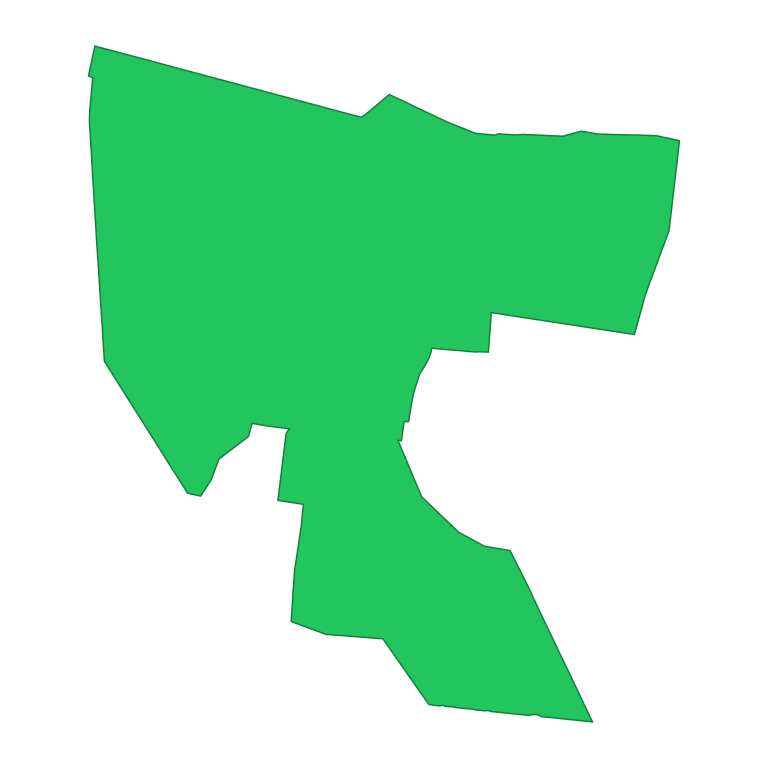 the district of Chiconcuac, México, Mexico
{"feature_id": "50627088B68966073718312", "entity_name": "Chiconcuac", "entity_type": "district", "adm_level": 2, "iso_a3": "MEX", "parent_name": "Mexico", "parent_adm1": "México", "projection": "mercator", "projection_center": [-98.895, 19.553], "detail": "fine", "context": "isolated", "style": "filled", "palette": "green", "viewbox_px": 768, "rotation_deg": 0, "n_neighbors": 0, "source": "geoboundaries", "source_scale": "gbopen_adm2", "svg_char_len": 2960}
<svg xmlns="http://www.w3.org/2000/svg" viewBox="0 0 768 768"><path d="M428.8,704.4L438.3,705.8L440.1,705.9L442.6,705.2L444.9,706.3L449.2,706.7L450.2,706.6L453.9,706.9L455.5,707.4L464.1,708.5L465.0,708.5L468.7,708.8L472.5,709.2L476.3,710.0L484.4,710.8L487.9,710.5L491.2,711.5L510.2,713.5L529.2,715.4L532.3,714.5L537.5,714.7L541.5,716.6L559.8,718.5L578.1,720.4L592.5,721.9L584.1,704.3L575.7,686.6L567.3,669.0L558.8,651.4L550.4,633.7L542.0,616.1L533.6,598.5L533.3,597.9L530.7,592.0L523.9,578.0L510.0,550.6L506.7,550.0L499.6,548.8L489.0,547.0L484.5,546.3L482.3,545.1L479.8,543.7L473.9,540.5L458.8,532.4L421.5,496.6L421.1,495.5L413.2,476.7L406.1,459.7L402.9,452.1L400.5,446.4L398.3,441.2L398.0,440.4L401.4,440.7L402.6,432.3L403.3,426.9L404.1,421.7L408.7,421.6L408.7,421.0L411.2,405.6L411.8,402.3L413.1,395.7L413.4,394.0L416.4,384.0L419.7,373.9L421.3,371.4L424.2,367.0L426.9,362.1L428.2,359.7L429.1,357.5L430.6,353.6L431.0,352.0L431.8,348.2L438.7,348.9L448.1,349.7L457.4,350.4L467.9,351.4L475.4,352.0L478.8,351.8L488.4,352.1L491.3,312.5L492.4,312.7L494.5,313.1L524.4,317.7L528.3,318.3L529.6,318.5L533.1,319.0L555.4,322.4L558.5,322.9L575.1,325.4L582.9,326.6L591.7,328.0L610.3,330.8L616.1,331.7L631.2,334.0L634.4,334.5L636.0,328.6L636.6,326.7L644.8,296.8L648.1,287.1L660.0,255.1L661.9,250.0L667.2,235.6L669.0,230.9L670.7,216.4L671.1,213.3L672.6,200.2L673.2,195.0L673.7,190.4L676.2,169.1L677.4,159.0L678.5,149.3L679.2,143.3L679.5,140.8L677.3,140.2L658.5,136.2L658.2,136.1L656.4,135.7L637.1,135.0L636.2,135.0L635.7,135.1L617.2,134.6L598.7,134.1L597.8,134.0L581.4,131.2L566.0,135.3L563.4,136.2L562.1,136.1L560.9,136.1L560.4,136.1L522.6,134.4L515.1,135.0L513.2,134.8L504.8,134.3L498.1,133.8L496.5,134.6L495.4,135.1L475.6,133.4L473.3,132.5L463.3,128.4L457.2,126.0L445.6,121.3L390.5,95.1L390.0,94.8L389.3,94.5L366.2,113.9L361.1,117.3L176.4,67.9L150.5,60.9L118.8,52.5L115.3,51.5L105.3,48.9L94.9,46.1L88.6,75.4L88.5,76.0L92.7,77.6L90.9,98.1L89.7,111.1L89.4,120.9L89.4,121.5L89.8,128.3L90.2,135.2L91.2,150.4L91.8,161.0L92.0,164.6L93.8,194.4L94.3,203.3L94.5,205.7L96.0,230.3L96.2,234.6L96.3,235.4L96.4,237.4L96.6,240.3L96.8,244.0L98.0,261.5L98.7,272.1L98.8,274.3L99.2,280.6L99.8,289.5L100.4,298.4L100.4,299.0L100.5,300.2L101.2,311.5L101.6,317.7L102.3,327.5L102.4,329.5L102.9,337.6L103.2,342.4L104.0,354.9L104.4,361.2L105.0,362.3L111.4,372.4L112.0,373.4L113.5,375.8L115.9,379.6L119.0,384.5L127.6,398.1L136.1,411.6L136.4,412.1L154.4,440.6L175.7,474.4L187.6,493.2L200.7,496.1L204.5,490.3L210.7,480.6L211.1,480.0L216.0,466.9L218.9,459.2L223.6,455.5L233.7,447.8L248.5,436.4L252.1,423.4L253.8,423.7L266.9,425.9L268.6,426.2L279.3,427.5L289.2,428.8L286.1,433.6L283.3,456.5L280.5,479.3L277.9,500.4L279.3,500.6L292.3,502.6L301.2,504.0L303.5,504.4L302.1,516.4L301.8,521.8L298.2,546.6L294.5,571.3L292.8,596.5L291.2,621.6L308.6,628.0L326.0,634.4L345.0,635.8L363.9,637.3L382.9,638.8L394.4,655.2L405.8,671.6L417.3,688.0L428.8,704.4Z" fill="#22c55e" stroke="#15803d" stroke-width="1.5"/></svg>